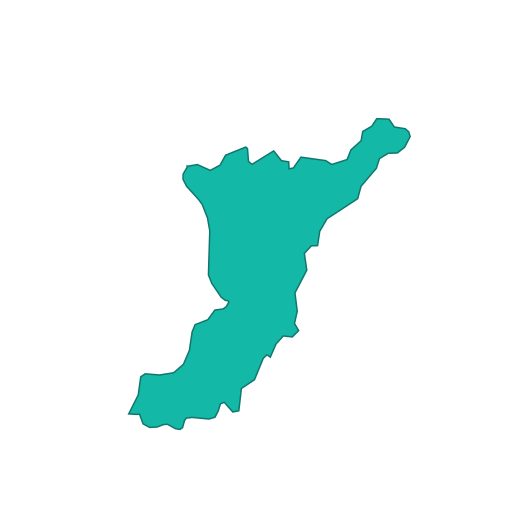 SVG path tracing the border of Strabane, rotated 323°
{"feature_id": "GBR-2135", "entity_name": "Strabane", "entity_type": "District", "adm_level": 1, "iso_a3": "GBR", "parent_name": "United Kingdom", "parent_adm1": "", "projection": "orthographic", "projection_center": [-7.446, 54.773], "detail": "fine", "context": "isolated", "style": "filled", "palette": "teal", "viewbox_px": 512, "rotation_deg": 323, "n_neighbors": 0, "source": "natural_earth", "source_scale": "10m", "svg_char_len": 1392}
<svg xmlns="http://www.w3.org/2000/svg" viewBox="0 0 512 512"><g transform="rotate(323 256 256)"><path d="M201.7,278.6L206.7,276.4L206.7,275.0L204.7,272.8L203.4,267.8L204.2,251.4L206.6,242.5L234.2,208.1L240.2,196.4L244.1,182.3L244.1,175.4L242.5,158.6L243.9,150.8L247.1,146.7L254.6,143.6L255.1,142.7L255.5,143.2L264.2,147.7L271.0,160.1L282.0,161.8L292.4,157.2L313.3,162.8L313.9,165.0L306.9,176.0L308.0,180.4L333.4,182.7L333.7,195.2L338.8,200.5L334.9,206.2L338.8,208.2L351.4,204.1L369.1,221.8L371.6,228.5L386.8,233.8L395.6,228.4L409.3,227.2L416.2,220.8L426.6,222.0L435.1,219.0L444.6,226.8L444.1,236.2L451.8,244.2L452.7,248.7L451.0,253.4L440.1,258.6L430.9,258.8L423.6,253.6L413.3,252.5L404.9,258.4L381.9,263.5L371.7,271.4L335.2,269.0L321.8,274.6L311.4,284.8L306.4,281.2L296.2,283.0L288.0,297.9L264.9,308.9L255.7,324.9L246.1,333.1L245.2,341.2L236.3,342.5L229.7,336.3L219.1,338.3L206.5,345.4L205.4,341.5L200.2,342.1L180.3,353.9L164.6,353.0L149.1,369.3L143.6,366.6L142.6,353.7L138.6,352.7L132.6,357.0L126.2,360.1L120.2,357.8L108.0,346.6L102.8,343.5L99.9,344.4L94.0,348.9L90.8,348.7L87.8,345.5L84.0,337.1L80.8,335.0L74.2,333.1L67.9,328.9L64.8,322.1L67.8,312.2L65.5,310.8L59.3,305.5L78.2,296.2L91.3,283.1L96.6,283.4L107.4,293.0L120.0,299.7L132.9,298.8L146.0,291.3L159.3,278.2L166.1,274.2L179.2,277.9L190.6,274.4L197.7,278.4L201.7,278.6Z" fill="#14b8a6" stroke="#0f766e" stroke-width="1.5"/></g></svg>